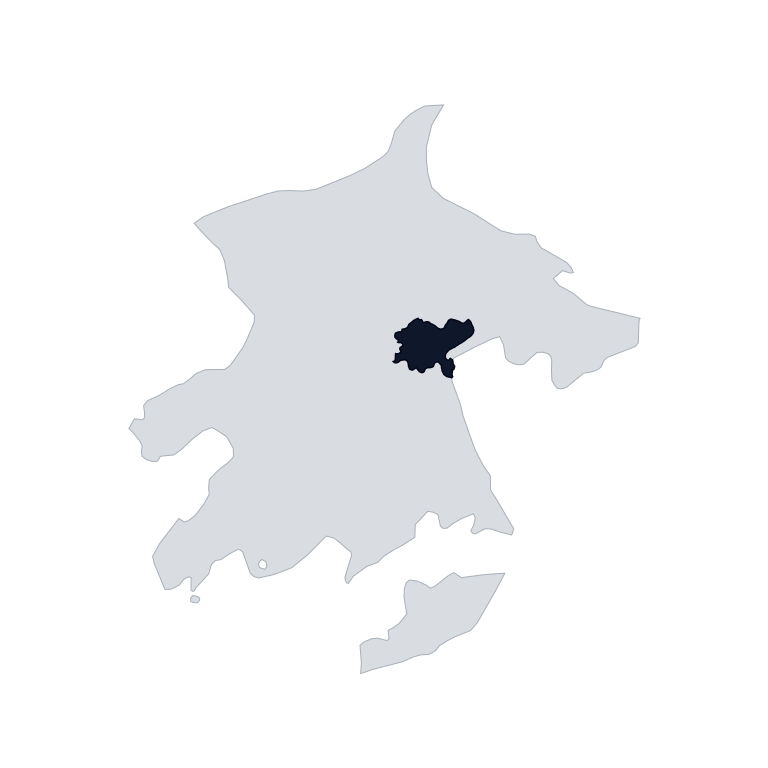 Imishli District, İmişli, Azerbaijan shown in context, rotated 286°
{"feature_id": "54616110B47039748407948", "entity_name": "Imishli District", "entity_type": "district", "adm_level": 2, "iso_a3": "AZE", "parent_name": "Azerbaijan", "parent_adm1": "İmişli", "projection": "equal_earth", "projection_center": [48.045, 39.875], "detail": "fine", "context": "in_parent", "style": "filled", "palette": "ink", "viewbox_px": 768, "rotation_deg": 286, "n_neighbors": 0, "source": "geoboundaries", "source_scale": "gbopen_adm2", "svg_char_len": 5707}
<svg xmlns="http://www.w3.org/2000/svg" viewBox="0 0 768 768"><g transform="rotate(286 384 384)"><path d="M517.7,612.0L514.8,611.8L493.8,617.0L489.4,615.3L471.3,591.6L467.6,589.0L459.8,587.9L455.3,584.0L451.6,577.7L449.5,573.0L430.9,560.2L428.1,555.5L427.8,551.4L430.5,547.7L433.6,544.5L442.7,541.4L453.3,538.6L456.7,536.6L458.4,533.2L458.3,527.8L456.5,522.4L441.3,512.7L439.7,508.5L439.2,503.3L440.1,498.0L442.4,493.8L454.8,488.0L461.4,482.1L457.3,475.5L443.9,460.4L428.1,443.9L417.6,443.8L405.4,448.6L385.9,462.8L375.1,468.8L361.0,478.8L345.6,489.9L333.0,501.8L325.2,511.5L311.2,515.8L304.1,524.0L280.5,548.7L274.0,548.4L273.7,536.1L274.1,526.4L272.6,520.9L265.1,513.2L265.0,509.9L267.1,507.9L272.9,509.1L280.3,508.7L283.9,505.7L276.0,495.6L269.0,488.9L263.0,484.4L261.7,481.7L261.7,479.7L263.0,477.4L273.3,471.9L274.3,466.8L273.7,461.2L257.4,452.8L245.2,455.9L234.4,446.5L227.4,439.3L218.7,431.5L211.0,427.3L203.6,417.5L190.7,407.5L182.4,404.6L182.5,403.1L184.1,401.2L187.6,399.7L210.7,400.1L213.6,398.3L215.1,394.0L218.3,387.6L222.1,378.3L221.9,370.4L198.8,357.7L182.0,346.0L170.5,330.7L162.8,316.6L163.1,311.9L165.5,307.4L183.6,294.5L184.9,291.2L184.5,288.9L178.2,282.3L170.2,275.5L167.7,270.5L162.7,267.9L153.1,267.8L136.3,259.4L132.7,258.6L131.9,256.9L132.8,255.2L144.9,251.9L144.7,249.1L141.1,245.4L134.4,242.7L128.2,236.1L126.1,230.1L148.1,212.6L154.6,209.1L168.8,212.3L198.2,223.9L196.2,230.3L199.1,234.0L205.9,238.9L218.8,243.9L229.8,246.4L235.4,244.2L244.0,242.4L254.9,248.1L265.0,255.4L270.1,258.4L272.8,259.3L280.6,256.9L289.9,247.4L293.6,236.1L294.7,230.6L289.3,223.1L278.3,215.0L265.9,207.8L257.9,201.5L252.9,189.0L247.8,187.7L246.5,186.0L245.7,181.8L245.9,175.9L247.8,171.3L252.8,169.3L257.9,168.6L262.5,164.3L268.4,155.7L270.9,151.0L281.7,153.7L283.1,161.4L285.0,163.0L289.5,162.1L297.0,158.9L302.9,161.3L310.5,170.4L321.0,180.0L326.7,186.5L328.9,191.0L334.3,195.3L342.2,200.4L348.5,208.3L354.1,226.9L359.8,231.2L380.2,238.3L387.4,239.7L407.5,242.2L414.6,240.4L424.9,224.4L434.2,207.9L442.9,204.5L458.6,196.6L468.0,189.1L471.9,181.0L480.7,165.7L486.2,157.1L495.4,164.7L511.5,185.4L534.5,219.1L540.2,228.7L543.9,239.8L547.2,253.2L552.5,265.1L576.0,295.1L586.1,306.2L602.6,320.6L608.5,323.8L616.2,324.7L630.3,324.7L643.3,330.4L649.8,334.3L656.5,340.0L662.5,346.6L668.7,364.3L646.1,358.5L623.3,359.4L610.5,363.2L598.0,368.4L586.1,375.7L578.7,390.0L572.6,423.0L563.5,454.0L564.0,468.4L568.1,482.2L567.7,488.8L563.4,491.5L558.2,497.4L551.2,526.0L547.7,531.7L543.2,535.3L541.9,531.9L542.2,524.4L532.1,517.7L526.9,525.2L523.3,540.9L516.0,557.5L515.7,560.7L517.7,612.0ZM180.6,319.5L181.7,315.1L178.8,313.2L175.8,313.0L173.2,315.2L173.1,320.7L176.7,321.7L180.6,319.5ZM104.1,448.4L100.8,443.8L99.3,441.3L109.4,439.2L126.2,433.0L130.7,436.0L135.6,442.2L137.9,447.6L138.2,457.5L140.2,459.1L148.4,455.8L152.0,459.8L158.2,464.6L169.1,469.3L184.9,461.9L192.7,460.0L199.1,460.1L202.6,462.5L203.7,470.2L202.4,479.7L200.5,484.9L203.7,488.7L216.6,497.9L221.9,503.0L219.2,511.8L228.6,533.4L231.7,541.9L235.4,552.3L215.7,548.2L180.3,539.5L170.6,534.9L161.5,522.9L156.1,517.1L148.1,509.6L141.4,506.8L136.4,501.6L133.7,493.9L129.5,487.0L122.4,478.8L106.2,451.3L104.1,448.4ZM127.9,265.0L125.6,266.5L122.3,265.0L121.4,261.6L121.7,258.1L125.0,257.2L127.7,258.3L128.4,261.4L127.9,265.0Z" fill="#d9dde1" stroke="#a8b0b8" stroke-width="1"/><path d="M456.5,398.6L455.2,397.0L453.6,395.3L449.7,392.6L448.2,391.5L446.3,391.3L444.7,390.9L443.1,389.3L441.6,386.4L441.0,386.4L438.9,386.4L438.5,384.8L437.7,383.0L436.0,381.0L433.8,381.0L431.9,381.7L431.0,383.3L430.3,385.2L429.7,386.1L427.9,385.7L427.8,386.6L428.5,388.5L427.6,391.1L426.6,391.5L425.0,390.8L423.6,389.5L422.0,389.5L421.5,390.0L419.8,391.2L419.2,391.4L418.2,390.6L417.1,389.5L416.3,387.8L416.4,386.8L416.0,386.8L413.6,387.4L411.2,388.0L409.0,388.0L408.4,387.1L408.2,386.7L407.4,388.0L407.5,389.2L408.3,391.1L409.6,392.2L411.3,393.5L412.1,395.1L412.9,396.9L413.0,398.8L412.3,400.2L411.1,401.2L409.7,401.9L408.6,402.4L407.5,402.8L406.8,403.5L405.5,404.3L405.2,405.0L405.1,406.3L405.1,407.2L405.7,408.1L406.7,408.9L407.8,409.9L408.5,410.6L407.6,411.8L406.9,412.7L406.0,414.0L405.6,414.5L405.4,416.0L405.3,417.3L405.9,418.4L407.3,419.3L408.8,419.3L409.9,419.5L411.5,421.0L412.1,422.7L412.6,424.2L413.3,425.4L414.5,426.6L415.8,426.6L418.4,427.0L419.5,428.3L420.2,429.6L419.7,430.9L419.0,432.0L418.3,433.1L417.6,434.1L415.3,434.9L414.4,435.5L412.4,436.4L411.1,437.8L409.7,438.9L409.1,440.5L408.5,442.3L408.6,444.0L408.7,446.3L408.8,447.5L410.0,448.0L411.3,447.1L412.1,446.6L413.6,446.5L414.7,446.4L416.1,446.0L417.5,447.1L420.4,447.1L421.4,446.0L422.4,445.0L423.3,444.5L425.2,443.7L426.1,442.9L426.6,441.7L426.9,440.7L426.2,440.3L424.9,439.8L424.3,438.8L425.3,436.6L426.2,435.8L427.9,435.1L429.6,435.0L431.2,435.4L432.4,436.0L434.1,436.8L435.3,437.7L436.3,438.8L437.8,440.2L438.9,441.8L440.4,442.8L442.1,444.4L443.9,445.9L444.8,447.0L446.1,448.0L447.1,448.9L448.6,450.0L449.9,450.9L450.7,451.5L451.7,452.2L452.9,453.4L453.9,454.1L454.9,454.7L455.9,455.1L457.3,455.6L459.1,455.7L460.6,455.5L461.3,455.0L462.5,454.4L463.6,453.6L464.8,452.4L466.0,451.4L467.2,450.7L468.0,449.6L468.7,448.8L469.2,447.2L468.4,446.6L467.2,446.0L466.1,445.4L464.8,444.3L463.9,442.9L464.2,441.6L464.4,440.4L464.9,438.7L464.9,436.7L465.1,434.6L464.9,432.1L464.9,430.6L463.6,429.0L462.7,428.4L460.4,428.0L458.7,427.3L457.1,426.7L455.1,426.6L454.3,426.3L453.3,425.2L452.4,423.8L452.3,421.3L452.7,419.9L453.3,418.4L453.8,417.6L454.3,416.1L454.5,414.8L454.8,413.8L454.8,412.7L455.3,411.5L455.9,410.1L455.8,408.8L455.7,407.9L455.1,406.8L454.2,405.6L453.9,404.2L454.8,403.8L455.6,403.0L456.2,402.3L455.7,401.6L455.8,399.4L456.5,398.6Z" fill="#0f172a" stroke="#020617" stroke-width="1.5"/></g></svg>